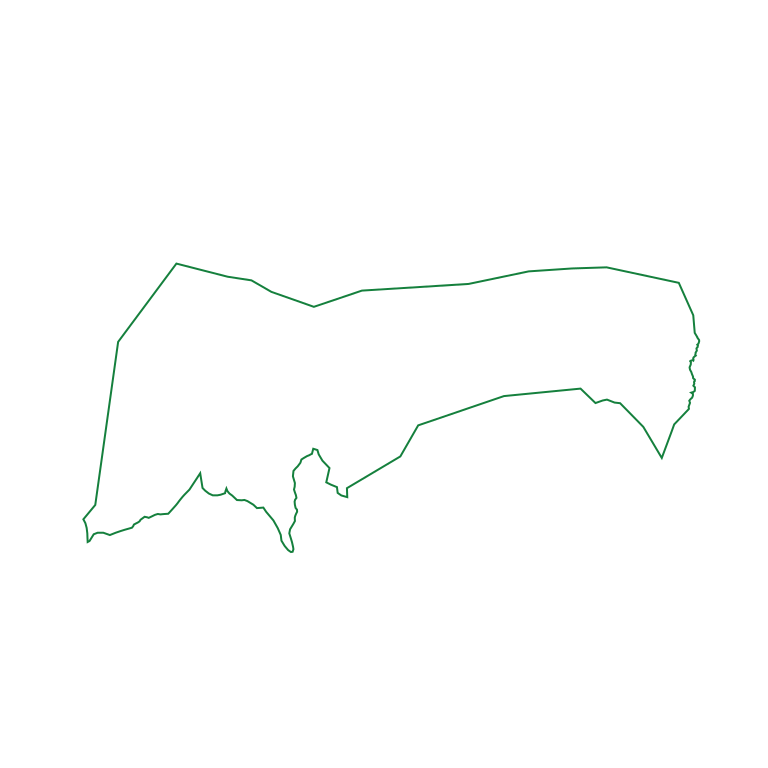 San Juan Ihualtepec, Oaxaca, Mexico, rotated 81°
{"feature_id": "50627088B85005499494284", "entity_name": "San Juan Ihualtepec", "entity_type": "district", "adm_level": 2, "iso_a3": "MEX", "parent_name": "Mexico", "parent_adm1": "Oaxaca", "projection": "orthographic", "projection_center": [-98.274, 17.768], "detail": "fine", "context": "isolated", "style": "outline", "palette": "green", "viewbox_px": 768, "rotation_deg": 81, "n_neighbors": 0, "source": "geoboundaries", "source_scale": "gbopen_adm2", "svg_char_len": 2544}
<svg xmlns="http://www.w3.org/2000/svg" viewBox="0 0 768 768"><g transform="rotate(81 384 384)"><path d="M475.3,107.0L469.3,103.7L456.6,87.1L456.2,86.7L454.1,86.7L450.5,84.7L448.3,85.1L447.3,84.1L446.6,83.2L445.7,81.8L443.8,80.7L442.1,80.4L440.6,81.9L440.3,79.7L439.4,78.1L435.9,77.4L434.1,78.7L432.3,77.5L430.9,77.5L429.9,77.2L429.7,76.6L428.3,76.3L427.0,77.5L426.4,77.8L425.1,77.6L422.3,78.3L420.3,78.6L417.8,79.5L415.8,79.6L415.2,79.5L412.8,78.0L410.8,77.5L410.2,77.5L409.5,78.0L409.1,77.8L408.7,75.3L409.2,74.8L408.6,74.5L407.0,74.6L406.1,74.0L405.0,72.3L404.7,71.6L403.9,72.0L402.7,71.5L401.7,71.3L400.0,69.8L397.7,69.8L396.4,68.3L395.7,68.3L395.0,67.9L394.2,68.4L393.3,67.1L391.1,66.0L389.9,65.9L387.1,67.3L386.8,67.2L382.1,69.1L364.5,67.8L330.2,77.0L303.6,145.9L299.3,180.2L295.4,223.5L298.4,284.8L288.3,391.2L296.8,441.2L275.4,480.8L260.9,498.7L253.6,521.6L232.6,570.2L300.8,640.0L458.3,688.1L470.6,702.1L474.8,700.7L479.6,700.2L485.1,700.4L489.1,700.9L493.7,701.4L493.0,699.4L487.0,694.2L486.1,690.1L487.0,684.5L490.3,678.4L488.9,672.1L488.0,666.9L487.4,662.8L486.9,658.6L486.5,655.4L485.1,653.9L483.7,653.0L483.0,651.0L482.3,648.8L481.4,646.9L480.0,645.7L477.7,641.2L478.6,638.8L479.4,637.3L478.4,633.9L477.4,630.7L477.0,627.7L477.8,625.3L478.0,621.8L478.4,617.4L474.8,612.9L471.2,608.5L469.4,606.5L467.8,604.9L466.3,603.3L463.9,600.6L462.2,598.5L459.6,595.0L457.9,592.7L443.4,579.5L458.3,579.5L461.4,577.3L464.8,574.1L467.2,570.5L467.9,566.0L467.8,562.7L467.0,558.1L465.0,557.3L462.6,556.0L465.3,555.4L468.0,553.8L470.4,551.4L475.6,547.4L476.6,542.7L476.7,540.0L478.3,537.2L482.8,531.9L486.7,528.9L487.2,522.5L491.8,520.4L501.4,514.6L509.7,511.5L516.9,509.6L522.7,509.8L528.1,507.6L528.7,507.3L533.0,504.7L534.0,503.7L535.4,502.2L535.4,500.5L533.0,499.3L530.6,499.3L529.1,499.4L526.0,499.6L522.9,500.0L516.7,500.9L512.8,499.5L508.1,495.5L505.4,493.4L504.2,493.3L501.9,493.0L500.0,492.1L498.1,490.9L496.6,489.8L494.5,489.6L492.6,490.7L489.3,490.9L486.2,490.7L484.4,489.9L482.8,488.3L480.0,488.4L476.9,489.0L474.1,489.4L471.5,488.3L467.9,487.5L460.9,488.4L455.7,487.0L453.6,484.6L451.8,482.1L448.7,478.9L445.7,477.4L444.7,475.2L443.2,471.4L442.6,468.8L442.1,467.6L441.7,466.1L436.9,464.0L438.8,460.1L443.3,459.5L450.1,456.8L458.5,451.0L463.8,453.1L472.1,456.4L475.1,452.2L478.5,446.6L484.3,446.8L487.4,443.6L490.0,438.0L481.1,436.9L458.1,379.2L430.2,356.7L414.7,267.4L419.3,190.6L435.9,178.1L434.5,170.6L434.3,166.2L438.4,159.2L439.9,153.8L466.9,134.6L500.5,121.2L475.3,107.0Z" fill="none" stroke="#15803d" stroke-width="2"/></g></svg>